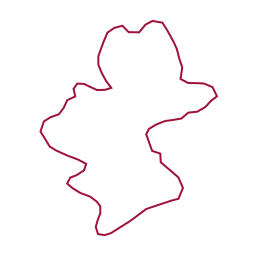 outline of São José da Lapa, Minas Gerais, Brazil, rotated 93°
{"feature_id": "56859067B3782991580479", "entity_name": "São José da Lapa", "entity_type": "district", "adm_level": 2, "iso_a3": "BRA", "parent_name": "Brazil", "parent_adm1": "Minas Gerais", "projection": "mercator", "projection_center": [-43.99, -19.696], "detail": "fine", "context": "isolated", "style": "outline", "palette": "rose", "viewbox_px": 256, "rotation_deg": 93, "n_neighbors": 0, "source": "geoboundaries", "source_scale": "gbopen_adm2", "svg_char_len": 1166}
<svg xmlns="http://www.w3.org/2000/svg" viewBox="0 0 256 256"><g transform="rotate(93 128 128)"><path d="M91.7,40.8L82.8,45.7L79.6,54.6L79.6,61.4L79.9,70.2L76.3,78.1L64.8,77.0L55.4,80.6L46.7,83.3L40.3,86.6L34.4,90.1L27.4,94.6L21.0,99.2L19.8,109.2L23.9,116.0L31.9,121.9L32.2,132.4L26.2,138.9L28.7,146.8L33.8,153.5L42.6,156.7L51.2,159.4L58.0,161.4L66.3,160.9L74.7,157.0L82.4,152.2L88.8,146.8L91.1,153.0L91.7,160.9L89.2,167.3L86.3,174.1L86.3,181.0L91.8,184.4L99.2,182.3L103.4,190.2L111.1,193.2L117.8,197.6L121.3,205.9L125.9,212.4L136.2,215.2L144.9,209.1L150.6,205.2L154.1,198.8L156.4,193.0L159.0,186.2L162.3,175.8L166.0,167.9L172.6,169.7L177.9,177.1L180.6,183.1L186.7,185.8L191.2,179.9L195.4,172.1L198.5,162.2L203.1,155.4L207.6,151.6L214.7,151.2L221.7,153.5L228.5,155.0L235.5,152.4L236.2,145.7L234.0,139.7L227.6,130.7L221.7,122.3L217.6,117.1L213.3,112.0L207.9,105.5L203.6,94.6L198.5,81.5L196.0,73.9L185.0,70.0L174.7,75.1L169.7,81.5L165.2,87.4L160.5,93.5L151.9,94.4L149.6,102.7L142.2,105.8L133.3,109.5L127.8,107.1L123.0,99.9L119.0,91.1L117.8,84.3L115.7,75.1L109.5,68.6L108.1,59.7L103.0,51.9L96.4,46.4L91.7,40.8Z" fill="none" stroke="#9f1239" stroke-width="2"/></g></svg>